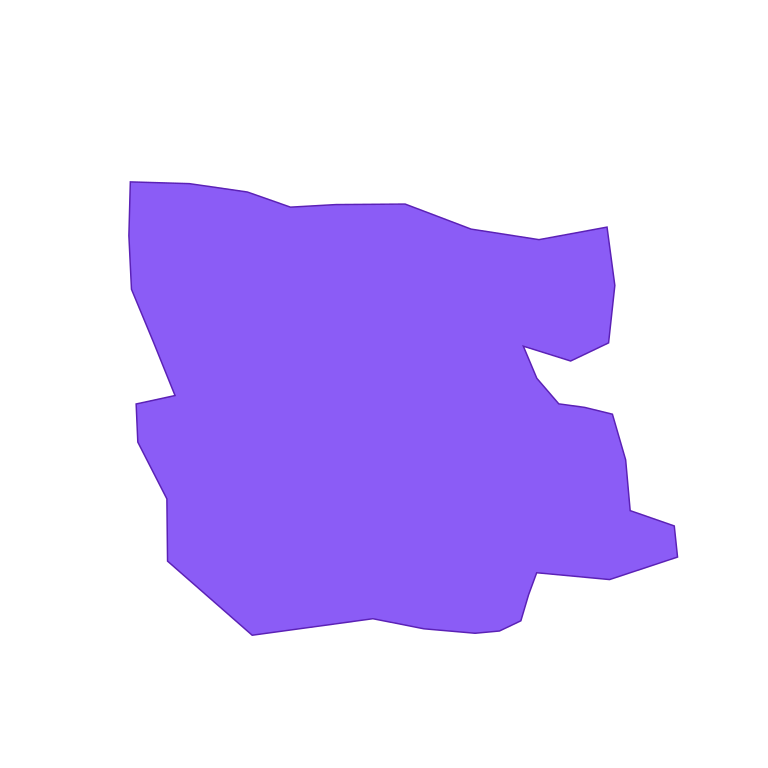 the border of Valverde, rotated 342°
{"feature_id": "DOM-1392", "entity_name": "Valverde", "entity_type": "Province", "adm_level": 1, "iso_a3": "DOM", "parent_name": "Dominican Republic", "parent_adm1": "", "projection": "mercator", "projection_center": [-71.013, 19.595], "detail": "fine", "context": "isolated", "style": "filled", "palette": "violet", "viewbox_px": 768, "rotation_deg": 342, "n_neighbors": 0, "source": "natural_earth", "source_scale": "10m", "svg_char_len": 639}
<svg xmlns="http://www.w3.org/2000/svg" viewBox="0 0 768 768"><g transform="rotate(342 384 384)"><path d="M181.7,330.4L177.7,273.1L173.1,215.9L187.2,164.1L205.2,113.4L260.8,133.3L313.4,159.2L349.7,186.9L393.7,198.5L459.7,219.4L514.7,263.6L576.0,294.6L644.6,303.7L634.0,361.6L610.3,414.3L568.6,419.8L528.2,391.1L531.1,425.8L544.1,456.9L567.7,468.3L591.9,483.3L590.4,530.8L579.0,580.5L616.2,608.7L609.7,639.3L538.1,639.7L470.9,610.7L456.4,629.1L441.0,651.5L417.5,654.6L393.6,649.2L346.2,629.1L300.9,603.8L181.0,582.2L123.4,485.6L142.0,426.2L131.9,363.2L142.1,326.4L181.7,330.4Z" fill="#8b5cf6" stroke="#5b21b6" stroke-width="1.5"/></g></svg>